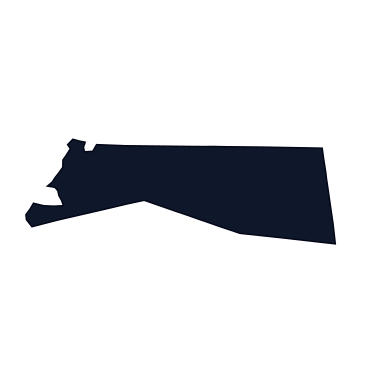 Jupi, Pernambuco, Brazil (Equal Earth projection), rotated 107°
{"feature_id": "56859067B99038374336772", "entity_name": "Jupi", "entity_type": "district", "adm_level": 2, "iso_a3": "BRA", "parent_name": "Brazil", "parent_adm1": "Pernambuco", "projection": "equal_earth", "projection_center": [-36.381, -8.72], "detail": "fine", "context": "isolated", "style": "filled", "palette": "ink", "viewbox_px": 384, "rotation_deg": 107, "n_neighbors": 0, "source": "geoboundaries", "source_scale": "gbopen_adm2", "svg_char_len": 822}
<svg xmlns="http://www.w3.org/2000/svg" viewBox="0 0 384 384"><g transform="rotate(107 192 192)"><path d="M272.0,334.9L258.5,312.9L232.6,268.0L222.7,251.1L217.0,240.9L213.9,235.3L215.2,201.5L215.6,187.9L216.0,179.4L216.5,164.8L217.0,153.1L217.5,134.0L210.8,99.3L199.7,39.8L181.4,47.7L159.4,58.1L148.5,63.2L139.7,67.4L135.0,69.4L120.3,76.5L112.0,80.3L128.4,137.6L139.4,174.9L142.2,184.8L145.2,194.4L148.3,204.8L167.2,269.1L174.6,297.1L182.1,298.8L185.0,306.6L180.9,308.9L175.6,308.7L176.2,314.5L176.4,321.4L183.1,324.8L186.1,321.0L192.9,322.8L199.1,324.8L206.2,322.8L213.0,325.1L217.9,327.0L223.6,328.7L228.6,332.0L227.6,324.4L230.1,320.6L234.3,318.3L237.9,314.5L242.7,310.9L245.9,319.9L248.5,329.8L249.1,340.3L255.7,341.9L262.3,344.2L266.9,342.2L272.0,334.9Z" fill="#0f172a" stroke="#020617" stroke-width="1.5"/></g></svg>